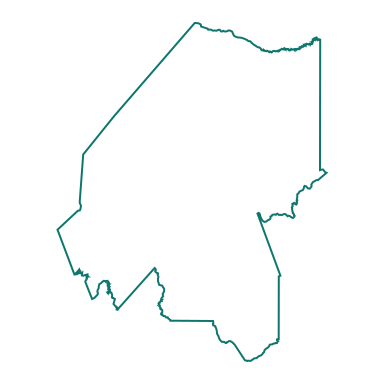 outline of Mitú, Vaupés, Colombia
{"feature_id": "7082276B74847859536954", "entity_name": "Mitú", "entity_type": "district", "adm_level": 2, "iso_a3": "COL", "parent_name": "Colombia", "parent_adm1": "Vaupés", "projection": "mercator", "projection_center": [-70.077, 0.972], "detail": "fine", "context": "isolated", "style": "outline", "palette": "teal", "viewbox_px": 384, "rotation_deg": 0, "n_neighbors": 0, "source": "geoboundaries", "source_scale": "gbopen_adm2", "svg_char_len": 5892}
<svg xmlns="http://www.w3.org/2000/svg" viewBox="0 0 384 384"><path d="M278.7,339.1L278.8,276.4L280.4,275.7L257.5,213.5L258.6,212.9L259.3,213.3L260.0,214.6L260.0,215.3L261.2,218.6L262.9,221.1L264.4,221.9L266.3,221.5L267.9,220.2L269.9,219.3L270.5,218.3L270.4,216.5L271.7,216.0L272.3,214.8L275.1,214.4L275.9,214.8L277.3,213.7L279.0,215.0L280.1,214.7L281.3,215.2L284.0,214.1L284.9,214.0L286.1,214.6L287.5,216.2L288.6,215.7L289.5,215.9L291.9,217.6L292.9,218.0L293.4,217.7L294.5,216.5L294.6,215.8L294.0,215.3L294.0,214.4L292.8,213.1L293.1,212.7L292.3,211.2L292.4,210.3L292.0,209.1L292.2,208.2L291.8,207.4L292.1,206.8L292.7,206.2L292.4,204.6L292.7,204.7L292.9,203.7L293.4,203.6L293.6,203.1L294.0,202.9L294.3,203.5L296.2,204.6L296.6,204.3L296.8,203.5L296.4,202.8L297.0,202.4L296.7,201.1L297.2,200.4L296.8,200.1L297.1,199.5L296.8,198.9L297.2,197.9L297.3,194.2L298.5,193.4L298.9,192.4L299.8,191.4L302.9,190.0L303.7,188.5L304.2,186.4L304.6,185.9L305.9,186.2L308.1,188.5L309.9,188.6L311.6,186.3L311.3,184.6L312.9,182.1L316.5,180.1L318.1,180.0L326.5,172.8L325.3,172.3L323.0,169.5L321.6,169.6L320.0,170.1L320.2,38.8L319.9,39.7L319.4,39.4L318.9,40.0L318.5,39.9L317.9,39.1L317.5,39.7L316.8,38.1L316.3,38.8L316.3,38.1L316.0,37.6L314.5,38.2L314.2,38.4L314.2,39.3L313.7,39.3L314.2,39.9L312.7,39.8L312.6,40.4L313.4,40.3L313.0,40.8L313.0,41.4L312.5,41.6L312.9,41.7L312.4,43.3L311.8,42.8L311.5,43.2L311.7,43.4L311.5,44.0L310.9,43.8L310.5,44.4L310.4,43.9L310.1,44.1L309.8,43.9L309.6,44.4L309.0,44.6L308.6,44.5L308.2,44.0L307.5,44.2L306.6,43.8L306.3,44.4L305.7,44.3L305.7,44.9L305.4,44.7L305.4,45.4L305.1,45.1L304.7,45.5L304.3,45.3L304.5,45.8L303.6,46.4L303.4,45.9L302.9,46.8L302.3,46.7L302.4,46.1L302.0,46.1L301.9,46.7L301.3,46.8L301.7,47.0L301.6,47.3L301.1,47.4L300.6,48.0L300.0,47.8L299.5,48.4L299.2,48.4L299.3,48.8L298.8,48.8L298.9,49.1L298.3,49.0L297.6,49.3L297.0,49.0L296.4,49.7L296.4,49.1L295.2,49.0L294.6,49.2L294.5,49.6L294.2,49.1L293.1,49.7L291.6,49.1L291.7,49.6L291.1,49.7L290.9,49.5L290.3,50.2L289.9,50.0L290.0,50.4L289.7,50.5L289.3,50.4L289.2,49.9L288.7,50.0L288.3,49.2L287.9,49.3L287.8,49.0L286.1,48.9L285.9,49.3L285.2,48.8L285.3,49.4L284.8,49.0L284.3,49.5L283.9,49.1L283.5,49.3L283.8,48.9L283.5,48.7L282.9,49.4L281.8,48.8L280.7,49.8L280.3,49.7L280.0,50.2L279.5,50.3L279.6,50.7L278.8,51.4L278.5,51.4L278.6,51.0L277.9,51.0L277.8,50.7L275.6,51.4L274.6,50.9L272.8,51.2L271.7,52.4L270.8,51.7L270.1,52.0L270.1,51.7L269.5,51.8L269.2,51.5L268.8,51.8L267.0,50.7L266.3,51.2L265.5,50.9L265.1,51.1L263.5,49.7L263.1,50.5L262.6,50.1L261.8,50.2L261.5,49.6L261.1,49.5L260.9,48.7L259.4,47.4L258.8,47.5L256.3,46.4L255.7,45.7L254.4,45.1L251.4,42.7L250.3,41.3L248.4,41.1L247.2,40.1L244.0,38.6L241.1,37.7L237.6,37.4L235.1,36.5L233.8,35.5L232.1,31.6L230.4,30.7L228.5,30.4L227.4,31.2L225.3,31.5L224.0,31.3L223.3,30.8L222.4,31.4L221.3,31.5L220.7,31.1L220.2,30.1L219.3,29.8L218.5,29.8L216.6,30.7L214.6,30.5L213.1,30.7L210.4,29.5L208.3,29.7L207.9,29.5L207.7,28.7L201.1,26.5L200.8,24.7L200.4,24.2L198.1,23.2L194.7,23.0L114.3,115.9L83.2,154.5L79.7,202.1L79.9,203.3L80.9,205.5L81.0,206.2L80.2,209.8L79.8,210.4L77.9,210.7L57.5,229.7L74.4,274.5L76.1,274.3L75.5,273.6L76.1,272.9L76.6,273.3L77.3,273.0L77.4,271.9L77.9,272.0L78.3,272.7L79.0,272.4L79.0,272.0L78.3,271.4L78.2,270.7L79.3,269.4L79.4,269.7L78.9,270.6L79.3,271.0L80.3,271.2L80.1,272.2L80.4,272.6L79.9,273.1L80.9,272.9L80.9,273.3L81.4,273.4L82.2,272.7L82.1,274.0L81.8,275.0L82.1,275.6L83.5,275.7L85.3,274.9L86.3,274.7L87.0,274.8L87.5,274.5L87.6,275.3L87.3,275.8L87.8,276.2L86.9,276.1L87.4,277.3L87.2,277.6L86.6,277.3L86.8,278.5L86.5,278.7L86.6,279.6L85.6,280.5L85.4,282.1L92.1,299.0L94.3,298.0L97.6,294.6L97.9,292.9L97.4,291.9L97.5,290.5L98.7,288.0L98.7,286.6L99.3,284.1L100.8,283.4L102.6,281.5L103.1,281.4L103.8,280.8L104.7,280.9L105.5,281.6L105.5,281.1L106.4,281.0L106.0,281.5L106.4,281.7L107.2,281.1L107.7,281.1L108.8,282.4L108.2,283.0L108.7,283.2L109.0,284.1L109.4,284.2L108.9,284.6L108.8,285.2L108.5,285.0L108.2,285.4L107.7,285.1L107.7,285.7L108.4,285.8L108.8,285.6L109.6,286.7L109.2,286.9L108.8,287.6L108.6,287.1L108.2,286.9L108.3,287.8L109.0,287.9L109.0,288.7L108.3,288.6L108.2,289.0L109.2,289.2L109.5,288.9L110.1,289.8L109.9,290.4L108.2,291.3L107.2,292.3L108.1,293.4L108.4,292.4L109.7,292.7L110.6,292.1L111.4,292.7L112.2,295.0L111.9,297.5L112.5,298.0L113.5,298.0L114.0,298.6L114.9,299.0L113.5,303.9L115.2,306.0L116.5,306.8L117.7,308.3L117.8,308.8L116.7,308.2L117.0,308.8L116.7,309.5L117.4,309.7L154.6,268.0L155.8,269.3L155.8,270.1L155.2,270.8L155.3,271.6L156.2,272.5L157.8,273.1L158.1,273.6L157.6,274.6L158.2,276.0L158.4,277.5L157.9,278.6L158.0,281.1L159.2,284.9L162.3,285.7L163.1,287.5L163.9,288.3L164.2,289.5L164.1,291.4L162.7,293.9L163.0,294.8L162.8,295.5L163.1,296.3L161.7,297.9L161.2,299.0L161.1,299.8L161.8,299.8L161.5,300.1L161.7,300.9L161.0,300.8L161.1,301.2L160.5,301.3L159.8,302.5L159.1,302.6L159.2,303.4L158.9,303.5L159.3,303.9L158.9,304.5L159.3,304.4L159.3,304.9L159.8,305.6L159.4,306.3L159.8,306.5L160.3,307.7L160.7,308.1L160.2,308.7L160.8,309.4L161.7,309.5L162.3,310.3L162.2,312.8L161.6,312.9L161.2,313.4L161.1,314.4L161.6,314.8L162.5,314.9L163.4,316.0L165.0,316.1L166.2,317.5L167.7,317.3L168.3,318.6L169.3,319.0L169.7,319.7L170.4,320.0L170.4,320.7L213.0,321.0L213.4,323.0L212.9,323.8L213.0,324.9L213.3,325.4L214.6,325.7L215.4,326.3L215.4,327.2L216.1,328.2L216.6,330.0L217.2,334.1L218.2,335.6L219.4,338.9L220.6,340.7L222.0,341.9L224.2,341.9L225.8,343.1L226.5,343.0L227.0,342.1L228.0,341.8L229.0,341.1L230.5,341.2L232.4,342.4L234.7,344.7L244.8,360.1L245.6,360.5L246.9,360.7L247.1,361.0L248.5,360.7L250.7,360.9L254.2,358.4L256.6,358.1L258.6,356.3L261.3,355.2L262.3,354.3L263.0,353.0L264.0,352.2L264.6,350.1L266.1,348.6L267.8,347.7L269.1,346.2L269.8,344.7L270.4,344.5L272.2,344.4L273.1,343.7L274.8,343.5L275.3,343.0L276.9,343.1L277.5,341.8L278.1,341.2L277.0,340.2L277.0,339.4L277.7,339.1L278.7,339.1Z" fill="none" stroke="#0f766e" stroke-width="2"/></svg>